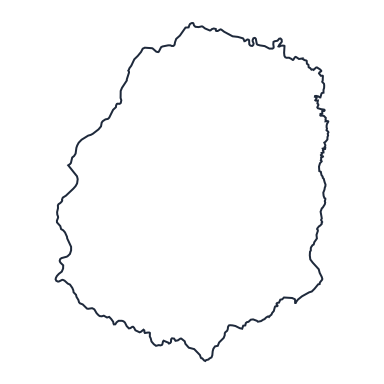 the district of Taminango, Nariño, Colombia
{"feature_id": "7082276B60716782034360", "entity_name": "Taminango", "entity_type": "district", "adm_level": 2, "iso_a3": "COL", "parent_name": "Colombia", "parent_adm1": "Nariño", "projection": "albers", "projection_center": [-77.317, 1.591], "detail": "fine", "context": "isolated", "style": "outline", "palette": "slate", "viewbox_px": 384, "rotation_deg": 0, "n_neighbors": 0, "source": "geoboundaries", "source_scale": "gbopen_adm2", "svg_char_len": 5892}
<svg xmlns="http://www.w3.org/2000/svg" viewBox="0 0 384 384"><path d="M190.1,23.9L189.4,25.1L188.6,27.4L185.5,27.6L179.9,35.6L176.2,38.9L175.0,42.3L174.6,44.7L173.5,45.9L171.9,46.0L170.2,45.3L168.3,45.3L162.4,46.5L161.1,47.2L158.8,51.7L158.1,52.1L156.3,51.7L152.7,48.5L152.0,48.2L144.8,47.7L142.7,48.7L141.1,51.9L137.7,56.0L134.3,59.3L131.3,65.7L129.3,68.4L129.0,69.6L128.3,70.6L129.0,71.8L129.0,72.6L126.8,79.4L126.8,80.5L122.0,87.8L120.7,90.9L120.6,98.0L121.3,100.3L120.8,102.9L119.7,103.8L117.4,103.7L116.8,104.0L116.1,105.4L115.9,107.2L113.1,109.8L109.2,117.7L107.9,118.9L105.4,119.4L102.7,121.2L101.7,122.6L101.0,126.4L98.5,129.4L92.8,133.8L90.7,134.9L88.2,135.6L81.6,139.7L78.7,142.7L77.2,145.5L76.4,147.8L75.6,153.6L74.1,156.0L72.2,157.5L70.9,163.0L69.9,164.2L68.2,165.3L77.0,176.3L77.7,179.2L77.1,183.4L75.6,186.1L73.4,188.6L65.9,195.7L62.8,197.6L62.0,199.6L62.2,200.7L61.6,201.7L60.2,203.1L58.6,204.1L57.9,205.3L58.0,208.2L57.1,212.1L57.3,214.7L58.0,216.4L58.1,217.6L56.9,220.7L57.0,222.4L60.3,226.1L61.1,229.1L63.2,230.3L65.0,232.4L67.0,236.8L67.2,238.4L71.1,246.8L71.1,250.4L69.9,254.0L67.6,256.2L66.7,256.7L61.5,258.1L60.2,259.1L59.7,260.7L59.9,261.7L60.8,263.0L63.2,265.3L63.1,268.5L61.8,271.6L58.8,273.9L56.9,276.0L55.9,277.9L55.6,279.3L56.3,280.8L58.0,281.6L58.9,281.5L62.1,279.9L62.9,279.9L64.5,280.6L67.8,283.6L70.0,284.6L72.3,287.9L73.3,290.3L73.6,292.3L76.0,294.8L76.5,296.9L78.4,300.0L79.0,302.2L79.9,303.3L82.7,304.4L87.0,308.6L88.2,308.8L92.1,308.2L93.8,309.0L94.5,309.6L96.6,313.2L98.6,315.3L99.8,316.1L101.8,316.3L103.8,315.7L107.0,317.5L109.2,316.9L111.2,319.0L113.2,321.8L113.5,323.6L113.9,324.4L115.3,324.3L116.6,322.3L118.6,320.8L121.9,320.8L123.5,321.3L124.9,322.5L126.7,326.1L128.9,328.4L130.4,328.1L132.3,326.8L133.1,326.8L134.1,327.8L135.4,330.3L139.6,332.3L140.8,331.9L143.5,329.7L144.3,330.4L144.5,332.4L144.9,333.0L148.2,332.5L149.5,332.6L149.9,333.0L149.8,336.5L150.7,338.3L151.5,341.5L153.8,344.2L156.0,345.8L158.9,345.1L160.3,345.4L161.8,345.0L162.4,344.1L163.0,341.5L163.6,340.7L168.2,342.6L168.8,343.5L169.1,343.5L170.2,343.0L171.0,341.9L171.1,339.3L172.0,338.3L174.1,338.6L175.5,340.8L177.8,340.4L180.4,338.6L181.3,338.6L184.7,341.3L185.4,343.8L188.8,347.7L194.2,349.1L199.9,355.0L200.9,357.8L201.3,358.2L202.2,358.3L204.2,360.5L205.3,361.0L206.1,360.1L208.5,359.5L209.3,358.6L211.5,357.4L212.3,355.3L212.7,351.2L213.4,348.7L215.0,346.4L217.8,345.8L219.1,342.5L223.7,337.9L224.7,335.3L224.8,333.2L225.3,332.3L227.2,330.7L227.8,329.0L228.0,327.0L228.8,325.5L230.0,325.2L232.6,325.4L235.4,326.0L239.8,328.2L242.2,328.7L243.2,325.7L245.3,325.4L245.8,323.1L246.8,322.2L248.5,321.8L250.8,319.7L253.1,319.4L256.9,320.8L257.9,321.7L261.0,321.1L263.5,319.5L264.5,319.2L265.9,317.7L267.6,316.6L268.3,316.4L269.0,317.0L270.3,315.5L271.4,314.7L272.2,312.9L273.8,311.0L274.9,306.9L275.4,306.3L277.1,306.2L277.5,305.9L277.5,305.4L276.7,304.5L276.6,303.5L277.3,302.9L279.0,302.6L280.3,299.7L282.2,299.3L284.0,297.5L292.1,298.0L294.8,299.2L295.1,300.1L295.1,302.6L295.2,303.0L295.7,303.0L296.5,301.4L297.9,299.6L302.0,296.3L309.2,292.3L311.8,291.5L314.5,288.8L318.2,284.3L319.6,284.1L319.9,282.5L322.2,279.6L322.3,278.8L321.7,276.8L319.7,272.9L318.7,269.2L312.7,262.6L310.3,259.4L309.8,255.4L310.0,251.8L310.8,250.5L310.8,248.1L311.3,246.9L312.5,245.2L313.7,244.5L314.3,242.2L316.9,238.5L316.5,234.9L317.9,230.8L317.7,229.8L317.2,229.4L317.2,228.6L318.9,226.4L320.3,225.5L321.8,223.8L321.6,222.9L322.2,222.0L321.1,220.0L321.8,218.4L320.6,211.7L321.8,208.4L322.8,207.5L324.8,204.3L325.2,202.4L324.8,201.1L325.3,199.6L325.3,198.5L324.4,198.0L323.6,195.8L323.3,192.7L324.5,189.5L324.8,187.6L325.4,186.2L325.5,184.5L324.7,182.4L323.7,178.7L322.8,177.9L322.6,176.5L321.5,175.1L320.8,171.8L319.3,171.1L319.0,166.6L320.0,163.2L321.7,161.4L321.6,161.0L320.8,160.3L321.2,159.3L321.1,157.7L323.0,156.6L322.9,156.3L321.2,155.8L320.9,155.1L321.9,154.0L321.6,152.9L323.5,152.5L323.5,151.7L322.9,150.5L323.2,149.8L322.7,148.6L323.4,148.4L324.3,149.3L325.1,149.0L325.3,147.5L324.7,146.9L325.3,145.9L325.3,145.0L324.3,142.6L325.5,141.8L327.4,139.5L327.5,136.9L328.1,135.5L327.7,133.7L328.4,132.4L328.2,131.7L326.5,130.2L327.0,128.6L326.6,127.4L326.6,125.7L327.0,123.9L328.3,121.7L328.2,121.3L327.6,121.1L325.5,121.3L325.6,120.7L326.1,120.6L325.5,119.5L325.8,117.9L324.1,116.1L323.2,115.7L320.6,115.7L320.3,115.4L320.5,113.9L321.8,113.8L322.3,113.5L322.2,111.2L322.7,111.0L324.1,111.0L324.6,110.5L324.5,109.9L324.1,109.6L321.2,109.2L317.8,108.2L317.3,107.3L318.4,105.0L318.2,104.2L317.4,103.5L317.9,100.5L315.7,100.6L315.3,100.3L316.7,97.8L316.3,97.3L314.9,96.8L315.1,96.0L316.1,95.9L318.3,96.4L319.8,97.4L320.4,97.4L321.5,93.5L322.0,93.0L323.5,92.7L323.5,89.9L324.1,87.9L324.2,85.5L324.0,83.8L322.2,81.8L322.7,80.5L322.9,76.0L322.6,75.7L320.9,75.8L319.0,73.4L319.4,72.5L321.2,71.2L321.2,70.6L319.9,69.3L316.9,67.4L316.0,67.6L313.6,69.9L313.0,69.4L311.5,69.7L310.2,68.1L308.7,67.3L308.4,64.8L306.9,63.7L306.7,60.9L306.0,60.4L304.3,60.1L303.8,59.5L302.7,59.1L302.7,58.4L299.0,59.0L296.2,57.1L295.5,56.9L294.8,57.4L293.3,59.8L292.7,59.9L291.2,58.8L289.0,57.7L286.6,57.8L285.3,57.3L284.4,55.8L284.1,52.8L284.5,46.0L284.1,45.7L282.7,45.6L281.2,45.7L279.2,46.6L278.5,46.4L279.3,44.8L281.6,42.1L281.8,41.5L281.6,39.6L280.5,38.5L279.2,38.7L277.5,40.7L274.5,41.3L273.5,41.9L273.3,44.2L273.7,47.2L273.4,48.0L272.5,48.6L269.4,48.6L264.7,46.1L260.0,45.4L257.5,44.7L256.8,44.0L255.8,38.8L255.2,38.1L254.5,37.9L253.4,38.3L252.7,39.9L252.6,41.0L253.6,43.5L253.3,44.9L252.4,45.9L251.2,45.9L250.0,45.3L249.3,44.3L249.1,40.3L248.6,39.7L247.3,39.5L245.0,41.1L244.4,41.2L243.6,39.2L242.9,38.3L237.9,36.9L232.6,36.3L224.2,31.8L221.3,29.6L220.4,29.4L217.7,31.0L216.6,31.0L215.9,30.7L215.8,29.0L213.8,28.5L211.9,29.1L210.6,30.3L209.9,30.5L205.1,28.5L202.5,26.5L201.6,26.4L198.6,27.1L195.4,26.8L194.0,25.4L193.4,23.4L192.9,23.0L191.6,23.1L190.1,23.9Z" fill="none" stroke="#1e293b" stroke-width="2"/></svg>